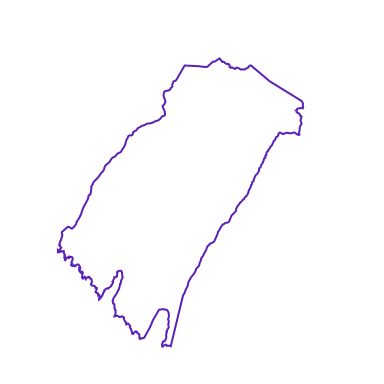 São Desidério, Bahia, Brazil, rotated 316°
{"feature_id": "56859067B26538117182500", "entity_name": "São Desidério", "entity_type": "district", "adm_level": 2, "iso_a3": "BRA", "parent_name": "Brazil", "parent_adm1": "Bahia", "projection": "orthographic", "projection_center": [-45.646, -12.88], "detail": "fine", "context": "isolated", "style": "outline", "palette": "violet", "viewbox_px": 384, "rotation_deg": 316, "n_neighbors": 0, "source": "geoboundaries", "source_scale": "gbopen_adm2", "svg_char_len": 5900}
<svg xmlns="http://www.w3.org/2000/svg" viewBox="0 0 384 384"><g transform="rotate(316 192 192)"><path d="M57.7,173.3L57.6,174.0L57.1,174.6L56.1,174.4L55.5,175.5L54.7,176.3L53.5,176.9L53.4,177.7L53.4,178.5L54.5,178.2L55.1,178.6L56.0,178.5L56.0,179.4L55.2,180.3L55.1,180.8L56.1,180.3L57.1,180.9L58.3,180.9L59.1,181.6L59.1,182.2L58.4,183.1L59.2,184.6L58.7,185.7L56.8,187.7L56.3,187.6L54.9,188.4L55.1,190.0L55.7,190.5L56.7,192.3L56.0,193.7L56.5,193.8L56.9,194.9L56.5,195.4L53.2,196.9L53.1,197.4L53.4,197.8L53.2,198.4L54.0,199.4L52.7,201.3L53.3,201.4L53.8,201.8L52.5,203.4L50.7,204.3L50.4,204.8L53.6,204.6L56.9,203.7L57.6,203.1L59.6,202.6L60.5,201.8L61.0,202.2L62.2,201.8L63.6,202.1L64.5,203.1L65.0,202.9L65.6,203.3L67.4,203.5L68.4,203.5L69.5,202.9L70.2,203.1L72.0,202.4L72.6,201.9L72.5,201.3L73.5,201.3L74.3,200.6L76.5,200.0L76.9,199.4L77.4,200.1L78.6,200.2L79.1,200.7L79.6,200.4L81.7,198.5L82.6,198.1L82.4,197.7L82.9,197.4L85.0,198.2L86.2,199.3L85.9,201.1L83.5,203.9L83.2,204.9L82.3,205.5L79.0,206.7L78.2,207.7L77.7,208.0L76.4,208.1L76.1,208.5L72.0,211.1L69.2,211.8L68.7,212.3L61.9,213.9L59.1,215.2L58.8,216.6L57.8,217.3L58.1,218.9L56.2,220.9L56.0,221.6L54.9,222.7L55.0,223.7L52.6,226.4L49.9,227.6L52.1,228.9L52.5,229.4L53.0,231.6L53.7,232.2L55.2,232.7L55.6,233.3L55.4,234.3L55.9,234.8L55.6,235.5L54.6,236.3L53.9,238.7L54.1,239.2L53.9,239.8L53.3,240.4L52.7,241.7L54.3,241.8L54.7,242.4L54.5,245.4L53.5,245.9L53.2,246.3L53.0,248.1L52.1,249.5L51.7,251.1L51.2,251.8L50.6,252.0L50.6,252.5L50.9,253.1L54.1,253.0L54.9,253.3L55.2,253.9L55.1,254.7L54.6,255.5L55.2,256.8L55.2,258.0L54.2,258.7L53.2,260.4L52.7,260.5L52.5,261.8L54.3,262.2L55.3,263.3L56.4,263.6L67.9,260.1L75.1,257.0L86.5,253.8L90.2,256.5L90.6,257.6L91.6,258.6L92.1,260.0L91.3,262.6L89.0,265.5L87.2,266.4L86.2,267.2L86.0,268.1L84.2,270.1L83.0,270.6L81.3,273.2L77.1,274.4L76.7,274.7L76.6,275.4L76.1,275.5L74.3,276.6L72.5,278.8L70.3,279.9L69.2,280.3L67.9,280.0L67.3,279.4L64.3,281.0L64.2,281.5L63.3,282.3L63.5,282.9L65.3,282.9L67.2,283.6L67.1,285.3L67.7,285.4L68.4,286.5L69.6,287.4L69.7,288.1L113.5,260.3L117.1,259.2L119.8,257.8L123.5,256.7L126.2,254.7L128.0,253.9L132.3,252.7L137.1,252.1L139.6,251.3L141.6,250.2L145.9,249.9L148.7,248.1L151.0,247.3L152.7,246.0L155.6,245.6L159.6,244.1L161.5,243.8L163.3,242.7L165.4,241.8L167.7,242.1L168.2,241.7L169.2,241.7L172.0,242.8L173.7,243.0L181.9,239.6L182.8,238.8L185.2,238.4L188.3,237.3L191.4,236.8L193.5,237.4L194.2,237.3L196.7,238.9L198.2,239.0L204.1,236.4L208.4,236.4L210.8,236.0L211.7,234.9L215.2,233.7L217.6,233.5L218.8,233.1L221.5,233.2L222.9,232.8L224.2,233.3L225.4,232.8L227.4,232.6L228.1,232.8L231.3,232.0L234.0,230.3L237.8,229.2L239.5,228.0L240.8,227.9L241.9,226.8L243.9,226.9L245.7,225.6L249.5,224.2L251.7,224.2L255.0,223.3L255.9,222.2L256.9,221.6L258.0,221.9L258.7,221.7L260.2,220.8L263.7,220.0L264.1,219.5L265.5,219.1L267.3,217.9L268.2,218.4L269.0,218.0L269.6,217.0L271.1,217.1L271.8,216.1L274.0,215.2L275.1,215.4L276.2,214.7L277.9,214.7L280.3,213.8L280.9,214.1L282.0,213.9L286.4,212.1L287.8,212.3L288.8,211.6L289.4,211.6L290.4,211.0L292.1,211.4L293.6,211.1L294.0,210.5L294.9,210.2L296.2,210.1L297.0,211.1L297.3,212.8L298.0,213.8L298.6,213.8L300.3,214.8L301.5,215.2L302.6,216.8L302.7,217.3L303.9,218.5L306.8,220.1L307.3,221.0L307.5,223.3L308.0,223.7L308.0,224.5L308.4,225.2L309.1,225.4L309.6,224.1L312.2,222.4L314.5,220.3L316.4,219.5L318.1,219.1L318.8,218.1L319.4,216.4L320.3,215.5L323.0,214.2L323.2,213.7L322.7,212.6L323.4,211.5L323.5,209.8L323.1,208.8L323.2,208.3L322.7,207.4L323.4,206.6L323.4,205.7L324.0,206.1L325.0,205.4L326.0,205.4L326.9,206.2L328.4,206.8L329.8,208.8L331.1,208.1L331.8,206.6L333.2,205.7L334.1,202.8L324.8,166.3L322.3,141.8L320.9,141.1L318.5,141.5L317.1,140.8L316.6,140.9L314.8,140.4L314.0,139.2L312.3,138.0L311.3,134.6L310.6,133.6L310.1,133.4L308.7,133.5L308.3,133.2L307.4,130.3L307.1,129.8L306.1,129.6L305.9,129.1L306.0,127.9L307.0,127.1L307.3,126.0L307.2,125.3L306.6,125.1L305.4,122.7L305.4,120.9L305.1,120.2L304.1,119.6L304.6,117.5L304.3,116.6L304.6,115.0L298.6,113.9L297.7,112.8L290.3,112.6L288.8,111.8L284.2,106.2L274.6,95.9L259.0,100.4L257.3,100.5L255.8,99.6L253.0,100.7L252.3,101.1L251.5,102.2L250.1,102.7L248.9,102.5L247.8,103.0L246.3,103.0L242.7,100.8L241.4,100.7L238.8,102.5L237.7,104.2L236.9,106.5L235.5,108.7L232.7,109.8L230.9,109.6L230.3,110.2L229.9,110.8L228.2,115.3L226.4,117.6L225.7,117.8L224.9,117.8L223.1,116.9L219.9,117.3L217.3,117.0L214.9,115.7L211.5,114.6L209.8,113.7L206.9,111.5L204.1,110.8L202.0,109.6L199.8,109.3L197.8,108.5L194.5,108.9L191.3,108.0L189.3,109.4L188.3,109.5L187.8,109.3L186.4,107.9L184.9,107.6L183.0,108.5L181.0,109.0L176.3,111.8L168.8,113.7L167.4,113.5L165.1,112.6L161.0,113.0L159.0,112.2L157.1,112.1L153.6,113.1L147.9,112.8L145.4,113.9L144.7,114.5L142.5,115.3L140.3,115.2L134.3,116.3L128.3,116.4L126.1,117.4L123.1,118.2L122.5,119.2L117.3,123.2L116.2,122.7L114.5,123.1L113.2,124.2L111.6,125.0L102.5,127.9L96.3,131.1L92.5,132.4L88.4,133.3L86.8,134.3L84.7,134.9L83.2,135.1L80.1,134.9L79.8,134.3L79.5,132.3L78.4,130.8L70.9,130.4L70.3,130.6L69.2,132.0L69.1,132.7L67.9,133.4L67.4,134.0L64.8,135.1L64.6,135.6L63.6,135.6L61.8,136.8L61.3,136.8L59.5,138.1L60.0,138.7L59.4,139.4L59.3,141.3L57.8,141.3L57.2,141.7L57.1,142.3L55.9,142.6L55.5,142.0L55.3,140.6L54.2,141.8L54.5,142.4L53.9,142.5L54.3,143.0L56.0,143.4L56.5,143.6L56.7,144.3L58.7,145.3L57.2,147.4L57.0,148.8L56.5,148.7L56.0,149.1L56.1,149.6L55.6,150.0L55.7,150.7L55.1,151.0L54.5,150.7L54.3,151.7L53.3,152.6L53.5,153.1L55.3,152.5L56.4,152.5L57.2,153.3L57.8,152.9L58.8,153.0L58.8,153.7L58.4,154.2L59.9,154.5L60.5,155.7L59.9,157.1L58.6,158.0L56.3,158.9L56.1,160.0L54.6,160.2L54.2,160.8L54.7,161.4L54.5,162.0L55.2,162.6L56.0,162.4L56.0,163.8L56.6,163.9L56.9,164.4L58.0,164.0L58.8,164.3L59.7,164.9L60.0,165.5L59.6,167.6L58.9,169.1L58.3,169.1L57.9,168.4L57.2,169.1L57.5,169.4L57.3,170.6L56.1,170.5L55.9,172.6L57.1,172.8L57.7,173.3Z" fill="none" stroke="#5b21b6" stroke-width="2"/></g></svg>